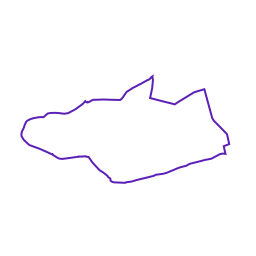 Niamina East, Central River, Gambia, rotated 194°
{"feature_id": "56634734B42374489083147", "entity_name": "Niamina East", "entity_type": "district", "adm_level": 2, "iso_a3": "GMB", "parent_name": "Gambia", "parent_adm1": "Central River", "projection": "albers", "projection_center": [-15.05, 13.638], "detail": "fine", "context": "isolated", "style": "outline", "palette": "violet", "viewbox_px": 256, "rotation_deg": 194, "n_neighbors": 0, "source": "geoboundaries", "source_scale": "gbopen_adm2", "svg_char_len": 1960}
<svg xmlns="http://www.w3.org/2000/svg" viewBox="0 0 256 256"><g transform="rotate(194 128 128)"><path d="M172.3,143.7L172.7,143.4L173.4,143.6L173.8,142.9L175.2,143.1L176.0,143.7L177.6,140.6L181.8,135.5L183.1,134.0L183.9,133.1L189.6,128.0L193.0,126.5L195.8,126.1L199.8,125.6L203.5,124.8L205.8,124.1L206.6,123.9L209.3,122.7L210.1,121.7L212.7,118.0L215.0,117.6L216.7,117.0L219.0,116.1L220.6,115.3L221.0,115.2L222.7,114.3L222.9,114.1L224.6,113.2L227.4,110.8L228.3,109.4L229.0,105.8L229.1,103.4L230.1,98.6L229.9,95.9L229.2,94.2L226.4,91.4L221.7,88.7L219.6,87.6L209.1,86.5L201.0,85.1L195.4,84.1L195.0,84.4L194.3,83.7L188.1,81.7L184.6,82.0L178.4,84.4L169.0,88.2L168.9,88.5L167.9,88.5L166.0,89.1L162.2,90.3L161.4,90.0L160.3,90.3L159.2,90.3L154.2,86.0L153.7,85.6L153.4,85.4L145.9,80.5L143.6,79.5L141.7,79.0L139.5,78.1L136.4,76.6L135.4,75.6L134.4,75.2L134.0,75.2L132.8,74.4L132.2,72.7L131.1,72.1L129.7,71.9L128.4,71.9L117.5,74.1L116.7,74.9L113.5,76.1L110.5,77.5L107.8,79.2L100.0,83.3L99.9,83.3L91.3,87.9L89.8,89.3L84.8,91.3L82.8,92.1L80.9,93.1L79.4,94.0L76.7,96.1L74.3,97.8L69.9,101.1L69.6,101.4L66.0,103.5L62.0,105.6L61.1,106.8L60.1,107.5L59.4,108.2L50.4,113.0L49.2,113.6L45.7,115.6L43.5,116.6L39.5,118.5L38.2,119.7L37.6,120.3L32.3,125.0L29.9,126.1L27.2,126.5L30.7,133.5L25.9,136.9L29.9,144.9L30.5,146.0L36.6,149.8L46.1,155.6L47.9,157.2L48.7,158.0L48.8,158.1L50.0,160.4L50.1,160.6L51.5,163.0L53.1,165.9L58.5,175.5L63.3,184.1L63.5,184.0L72.3,178.8L76.0,175.1L86.4,164.5L86.7,164.1L86.8,164.0L88.4,162.2L90.3,162.3L101.3,162.3L111.8,162.4L113.1,162.4L113.8,162.4L113.8,162.6L114.2,172.8L115.4,180.5L116.8,183.8L116.8,184.0L117.1,183.7L117.4,183.3L118.2,182.0L118.2,181.8L119.2,180.3L120.0,179.5L120.7,179.2L126.0,174.2L126.5,173.8L132.0,168.9L133.2,167.9L134.8,166.1L137.4,163.4L138.1,162.7L140.2,157.1L141.1,155.0L142.3,153.3L143.7,153.0L153.1,150.9L159.2,149.6L162.2,148.7L167.4,147.2L168.7,147.0L172.3,143.7Z" fill="none" stroke="#5b21b6" stroke-width="2"/></g></svg>